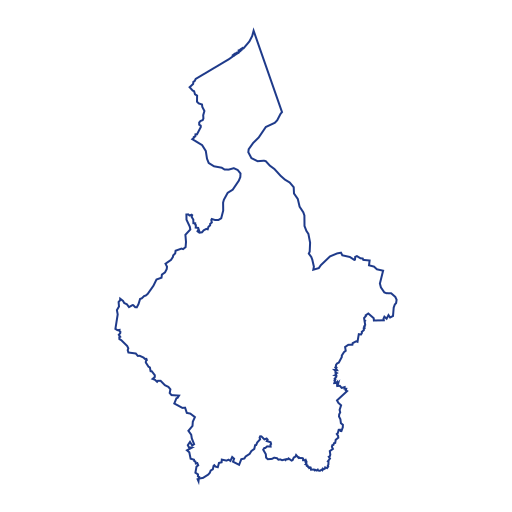 the district of Arboletes, Antioquia, Colombia
{"feature_id": "7082276B51622711378413", "entity_name": "Arboletes", "entity_type": "district", "adm_level": 2, "iso_a3": "COL", "parent_name": "Colombia", "parent_adm1": "Antioquia", "projection": "natural_earth1", "projection_center": [-76.373, 8.653], "detail": "fine", "context": "isolated", "style": "outline", "palette": "blue", "viewbox_px": 512, "rotation_deg": 0, "n_neighbors": 0, "source": "geoboundaries", "source_scale": "gbopen_adm2", "svg_char_len": 6070}
<svg xmlns="http://www.w3.org/2000/svg" viewBox="0 0 512 512"><path d="M120.2,298.7L120.1,300.3L118.6,302.0L119.0,306.5L116.9,310.1L117.7,314.4L115.4,328.9L117.5,330.2L119.5,329.9L119.4,331.0L120.4,331.9L120.2,333.2L118.8,334.8L120.2,336.8L119.3,337.3L119.4,339.1L121.3,340.2L127.2,346.0L128.3,348.3L127.7,350.1L128.4,352.5L135.8,353.5L137.8,355.9L139.7,355.8L143.6,357.6L144.8,358.9L146.4,358.9L146.8,360.1L145.9,361.0L145.8,362.5L148.5,366.7L149.9,367.5L150.6,371.2L151.8,371.3L154.8,375.2L154.8,377.0L152.6,378.9L155.0,379.8L157.1,381.8L157.9,380.8L160.6,380.8L164.9,385.2L168.4,386.9L170.4,389.3L169.7,393.0L171.5,395.1L179.0,395.6L177.6,397.8L176.4,398.3L174.3,403.5L182.4,407.9L185.1,407.7L186.8,412.9L190.3,413.6L194.9,417.1L192.8,421.7L192.5,425.9L188.4,430.8L191.2,434.7L191.8,438.4L194.1,444.2L192.2,445.5L190.0,441.9L187.8,445.2L188.9,447.3L191.8,447.7L187.0,450.3L189.3,452.3L190.6,458.7L194.0,459.7L194.3,461.1L195.4,461.5L195.8,463.5L197.3,463.1L198.2,465.3L196.5,466.6L195.4,472.7L198.0,474.4L197.9,476.3L199.2,477.0L198.5,478.9L197.6,479.2L198.5,481.3L198.8,478.6L203.0,477.9L208.2,474.6L209.8,472.8L210.7,470.5L212.8,469.3L213.6,465.8L214.3,465.2L215.5,466.6L217.8,467.2L219.0,462.9L221.6,462.3L221.8,459.6L226.5,460.6L228.6,459.7L230.4,460.9L232.2,457.0L234.1,458.7L233.0,461.7L239.1,464.8L241.3,459.2L244.4,458.5L245.6,456.5L249.6,453.9L251.4,451.0L254.3,448.9L255.1,445.2L256.2,445.0L257.2,442.5L260.1,439.3L259.6,437.6L260.2,436.3L261.4,436.4L264.4,439.4L266.6,438.5L267.6,439.6L266.8,441.1L270.6,442.2L271.1,444.0L270.5,444.6L270.6,446.6L267.1,446.4L265.3,448.0L264.3,448.0L263.2,449.7L265.8,454.2L266.1,457.6L267.8,459.2L271.9,458.9L274.2,457.7L277.0,458.2L278.4,459.7L280.2,459.4L282.1,460.2L284.9,459.5L285.6,460.1L286.3,459.1L287.8,459.3L288.5,458.4L291.6,460.6L292.6,460.1L293.8,457.5L295.4,456.7L296.1,455.0L298.5,457.8L298.9,457.4L299.4,458.0L302.3,458.1L303.1,458.5L303.1,460.2L305.2,460.1L305.5,461.2L305.9,460.4L306.5,461.8L305.6,462.2L306.4,463.7L305.8,464.3L306.6,464.5L306.8,465.8L307.6,465.7L308.2,467.1L309.7,467.3L309.5,468.0L310.7,467.8L311.0,469.7L313.8,469.5L314.6,470.3L315.1,469.8L316.4,470.5L317.7,469.6L318.1,470.5L319.9,470.8L322.1,469.4L322.4,469.9L322.9,468.8L323.4,469.4L324.9,468.6L325.2,467.4L327.1,468.1L328.2,466.5L327.8,465.8L328.4,464.5L328.5,461.7L327.9,461.3L330.0,458.5L328.8,456.8L329.8,456.2L330.3,454.7L329.8,451.1L332.9,448.9L331.9,446.8L332.3,445.2L333.4,444.9L334.0,443.2L335.2,442.9L335.7,439.8L338.3,437.7L338.1,435.9L336.8,434.0L337.8,433.1L338.7,429.8L340.0,429.7L340.6,431.0L341.4,431.1L342.8,427.3L342.9,424.8L340.9,423.2L340.4,419.3L339.0,416.5L339.2,414.3L340.2,412.4L339.6,409.9L341.1,405.3L338.4,402.9L337.0,400.4L347.1,391.1L345.7,390.3L346.2,388.8L344.5,388.7L344.6,387.1L341.7,387.9L339.8,385.8L337.5,386.0L338.4,382.6L337.1,383.9L337.1,381.9L335.9,383.0L334.3,383.1L335.0,380.8L334.5,380.3L335.3,379.3L334.7,378.7L336.3,376.8L336.4,375.7L335.0,375.3L336.1,374.8L335.7,373.6L336.8,373.0L335.4,372.1L335.6,370.9L334.6,370.0L337.0,370.1L335.4,367.6L336.3,367.3L335.8,366.6L336.0,365.0L337.0,363.5L338.8,362.6L341.8,357.0L341.8,355.5L344.0,352.1L345.7,350.8L345.1,347.0L348.3,344.8L352.4,344.7L352.7,343.1L356.2,341.3L357.5,341.8L358.8,334.2L361.0,334.5L361.9,333.0L361.8,331.8L363.8,330.2L363.8,328.8L364.3,328.5L363.8,328.0L364.7,326.9L364.2,326.3L365.2,324.9L364.6,321.4L365.1,320.8L364.4,320.2L364.1,318.0L365.9,316.0L365.7,315.3L368.3,313.5L373.7,318.2L373.9,320.5L383.8,320.3L383.5,318.7L384.4,316.7L386.6,318.7L388.5,315.1L390.1,317.5L393.0,316.0L393.7,307.6L394.8,304.5L396.1,303.1L396.6,299.8L395.3,296.9L391.2,293.3L386.4,293.2L384.3,292.4L380.9,287.4L379.9,283.5L383.1,270.7L376.9,269.3L374.0,266.6L369.0,265.3L369.6,260.5L363.3,259.9L362.7,258.5L360.5,258.3L356.9,256.1L355.2,256.9L355.0,259.6L354.3,259.9L349.9,257.0L342.3,255.3L341.0,252.7L337.2,253.4L330.0,256.4L320.8,265.2L318.8,268.1L313.3,269.7L313.9,266.7L312.3,259.7L311.3,257.0L308.8,253.6L309.7,251.6L310.1,242.7L308.4,233.9L306.4,230.9L304.5,226.0L304.4,215.5L303.3,212.3L299.6,206.7L297.8,199.0L294.0,193.5L293.7,187.2L289.7,182.5L284.9,179.6L280.6,175.8L274.4,169.0L269.8,165.6L265.8,161.2L264.0,160.7L257.6,161.2L251.4,158.1L248.3,152.2L248.7,149.2L253.2,142.9L258.7,137.5L265.8,127.0L274.8,122.8L277.2,120.3L280.5,113.9L282.0,112.1L253.6,30.7L252.2,36.0L249.4,41.4L243.4,48.5L242.4,48.7L242.3,48.2L241.5,48.7L242.0,49.0L241.6,49.9L240.8,49.8L240.9,49.2L240.2,49.7L240.7,50.0L240.4,51.1L239.4,51.1L239.4,50.4L238.7,51.0L239.3,51.8L238.9,52.3L238.6,51.8L238.5,52.7L237.5,52.7L237.7,53.2L236.0,54.3L235.8,53.3L235.0,53.7L235.5,54.5L234.6,55.2L234.3,54.1L233.5,54.7L234.1,54.8L234.0,55.7L233.4,55.9L233.1,55.1L233.1,56.2L229.2,59.0L195.7,78.9L194.7,81.0L193.4,81.8L193.1,84.0L189.6,87.2L192.7,90.6L194.1,91.2L195.0,94.3L197.1,95.6L197.0,101.7L198.7,103.4L202.0,104.5L202.3,106.9L204.4,111.0L203.2,115.2L203.4,118.5L202.7,120.1L200.5,121.0L199.2,122.5L199.2,124.7L200.7,125.6L200.8,127.0L197.0,134.3L195.5,134.3L195.3,136.4L193.9,137.0L194.0,137.6L192.3,139.2L202.1,145.1L205.8,151.0L207.0,158.7L208.7,163.0L214.0,166.3L221.7,167.7L224.5,169.5L228.7,169.6L233.8,168.2L237.7,170.0L240.5,173.5L240.3,177.1L238.8,180.7L232.7,189.7L227.7,192.8L223.9,199.7L223.1,202.6L223.2,210.6L221.2,218.3L218.4,220.0L215.0,220.0L211.8,219.0L211.3,220.0L211.8,222.5L210.2,223.8L210.1,225.4L208.5,226.7L207.7,229.3L206.3,228.9L203.7,230.3L202.0,232.3L199.4,232.7L197.5,231.3L197.8,230.6L199.3,231.3L198.2,227.9L195.7,227.6L195.9,225.1L195.2,224.6L195.2,223.3L193.4,223.2L193.3,219.6L191.6,216.8L192.2,215.2L191.6,214.7L189.5,215.5L188.3,214.4L186.4,214.5L186.5,219.7L189.8,226.7L190.3,229.5L185.4,234.8L186.0,242.0L185.6,247.1L183.1,249.1L181.5,248.6L175.6,250.7L175.2,253.4L173.2,255.4L172.9,257.0L171.0,259.9L165.5,263.7L167.0,266.7L166.7,269.1L165.0,272.4L161.9,274.6L161.5,277.7L156.5,279.5L153.4,285.8L147.7,293.9L145.7,295.6L144.2,296.0L141.7,298.4L140.1,298.9L138.5,304.1L136.8,307.3L135.2,307.2L133.3,305.2L132.5,305.1L129.0,307.1L126.9,304.3L124.2,303.0L123.1,301.0L120.2,298.7Z" fill="none" stroke="#1e3a8a" stroke-width="2"/></svg>